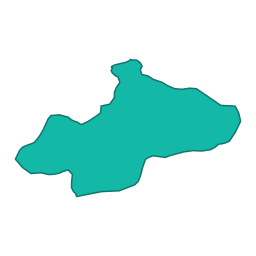 outline of Tokat
{"feature_id": "TUR-2297", "entity_name": "Tokat", "entity_type": "Province", "adm_level": 1, "iso_a3": "TUR", "parent_name": "Turkey", "parent_adm1": "", "projection": "orthographic", "projection_center": [36.489, 40.417], "detail": "fine", "context": "isolated", "style": "filled", "palette": "teal", "viewbox_px": 256, "rotation_deg": 0, "n_neighbors": 0, "source": "natural_earth", "source_scale": "10m", "svg_char_len": 1250}
<svg xmlns="http://www.w3.org/2000/svg" viewBox="0 0 256 256"><path d="M142.1,66.1L140.3,69.7L141.5,73.8L142.8,74.8L147.6,75.8L153.4,79.4L162.2,82.4L167.6,85.7L174.7,88.7L182.2,89.3L189.3,88.2L196.4,88.7L220.8,105.4L235.1,106.1L238.6,112.8L240.6,121.1L235.4,132.2L229.2,141.3L225.3,142.9L221.4,143.9L219.8,143.9L218.4,144.4L214.8,147.4L210.9,149.6L202.0,151.0L193.0,150.6L183.1,152.0L169.3,155.8L165.4,157.4L153.2,155.8L149.2,157.1L145.4,159.4L142.6,167.5L140.4,175.9L138.3,181.2L134.9,184.7L119.2,190.8L101.6,191.6L76.7,196.5L75.5,193.5L73.5,191.6L71.5,187.6L71.6,182.2L72.4,174.4L68.1,169.9L63.6,171.3L59.1,173.2L54.2,174.2L49.2,174.6L40.8,172.8L30.9,173.5L22.6,167.6L15.4,159.2L19.6,150.4L22.8,147.0L28.6,144.6L30.5,144.1L34.3,142.5L37.4,138.9L40.3,134.8L43.4,129.3L48.2,118.8L51.0,115.5L59.8,114.9L68.3,117.2L70.9,119.5L73.9,121.1L76.2,121.7L78.3,122.7L80.1,124.2L82.0,124.3L88.5,121.2L97.3,115.4L98.8,114.0L99.7,113.6L100.5,113.1L101.2,106.0L109.7,104.2L114.4,97.6L114.4,92.4L116.2,87.8L119.9,82.3L117.8,76.8L116.0,76.1L114.4,74.9L112.2,72.8L111.1,70.4L112.4,68.5L112.4,67.6L111.6,67.6L111.6,66.6L114.6,65.0L126.1,62.2L129.7,60.5L130.4,59.5L131.1,59.9L136.6,60.1L140.2,62.7L142.1,66.1Z" fill="#14b8a6" stroke="#0f766e" stroke-width="1.5"/></svg>